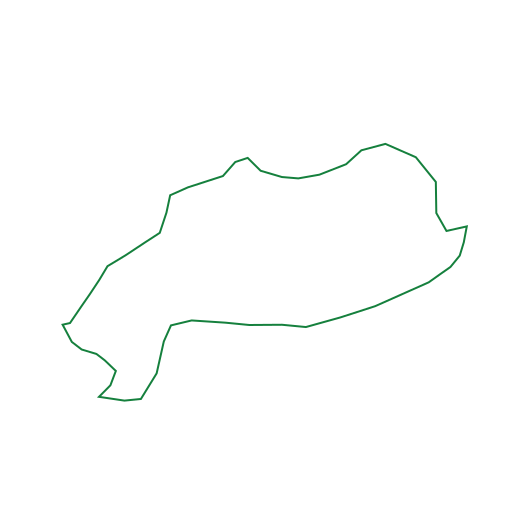 Tavrou, Cyprus (orthographic projection), rotated 336°
{"feature_id": "46923920B83443733114652", "entity_name": "Tavrou", "entity_type": "district", "adm_level": 2, "iso_a3": "CYP", "parent_name": "Cyprus", "parent_adm1": "", "projection": "orthographic", "projection_center": [34.075, 35.395], "detail": "fine", "context": "isolated", "style": "outline", "palette": "green", "viewbox_px": 512, "rotation_deg": 336, "n_neighbors": 0, "source": "geoboundaries", "source_scale": "gbopen_adm2", "svg_char_len": 788}
<svg xmlns="http://www.w3.org/2000/svg" viewBox="0 0 512 512"><g transform="rotate(336 256 256)"><path d="M51.4,240.1L52.8,259.6L58.7,270.5L70.4,280.6L75.4,289.8L81.2,304.0L70.4,314.9L55.3,320.8L77.0,334.6L92.7,339.8L117.5,322.8L137.0,296.6L150.1,284.8L171.0,288.7L201.0,304.5L221.8,316.3L251.8,329.4L272.7,341.2L307.9,346.4L344.4,350.3L382.3,350.3L403.1,350.3L417.4,347.4L429.2,345.1L442.3,338.5L451.4,328.0L460.6,314.7L440.2,310.6L438.2,290.1L450.4,261.5L442.2,230.8L419.8,206.2L395.3,202.3L375.7,208.8L347.0,207.5L326.2,202.3L311.8,194.4L294.9,180.0L288.3,163.0L275.3,161.7L258.3,169.5L221.8,165.6L202.3,165.6L191.8,180.0L177.5,195.7L160.5,198.4L137.1,202.3L116.2,204.9L103.1,214.1L88.8,223.2L75.8,231.1L58.8,241.6L51.4,240.1Z" fill="none" stroke="#15803d" stroke-width="2"/></g></svg>